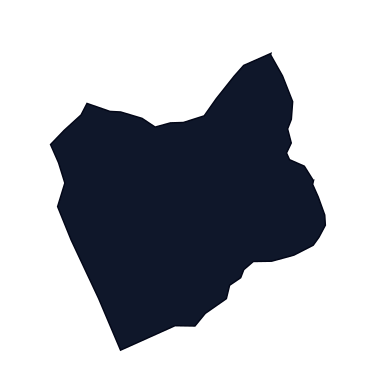 outline of Karlshamn, Blekinge, Sweden, rotated 66°
{"feature_id": "70781695B12582384293132", "entity_name": "Karlshamn", "entity_type": "district", "adm_level": 2, "iso_a3": "SWE", "parent_name": "Sweden", "parent_adm1": "Blekinge", "projection": "albers", "projection_center": [14.872, 56.287], "detail": "fine", "context": "isolated", "style": "filled", "palette": "ink", "viewbox_px": 384, "rotation_deg": 66, "n_neighbors": 0, "source": "geoboundaries", "source_scale": "gbopen_adm2", "svg_char_len": 742}
<svg xmlns="http://www.w3.org/2000/svg" viewBox="0 0 384 384"><g transform="rotate(66 192 192)"><path d="M68.4,251.9L76.5,262.0L83.7,283.7L91.1,301.9L111.0,302.0L132.1,304.5L150.7,320.7L186.8,321.9L251.4,320.6L307.4,321.6L307.3,292.1L307.2,261.9L315.6,243.8L308.3,229.3L303.4,204.0L292.5,195.6L290.1,182.4L284.0,176.3L280.4,164.3L287.6,147.4L291.1,124.5L289.9,102.9L285.0,94.5L276.6,83.7L267.0,80.1L247.9,78.7L234.1,78.7L230.9,76.3L230.9,76.5L214.1,78.9L202.1,89.8L194.8,89.8L187.6,81.4L173.2,79.0L166.0,71.7L150.4,63.3L122.7,62.1L98.7,64.4L97.5,63.5L97.4,93.3L103.4,106.5L116.6,131.8L127.4,149.9L125.0,171.6L120.1,183.6L117.7,199.3L104.4,207.7L89.9,224.6L85.0,234.2L68.4,251.9Z" fill="#0f172a" stroke="#020617" stroke-width="1.5"/></g></svg>